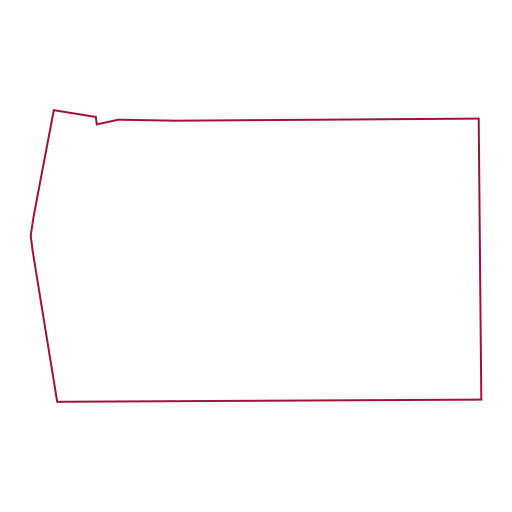 the district of Riyadh, Nouakchott, Mauritania
{"feature_id": "47542326B18524078593640", "entity_name": "Riyadh", "entity_type": "district", "adm_level": 2, "iso_a3": "MRT", "parent_name": "Mauritania", "parent_adm1": "Nouakchott", "projection": "orthographic", "projection_center": [-15.955, 18.004], "detail": "fine", "context": "isolated", "style": "outline", "palette": "rose", "viewbox_px": 512, "rotation_deg": 0, "n_neighbors": 0, "source": "geoboundaries", "source_scale": "gbopen_adm2", "svg_char_len": 263}
<svg xmlns="http://www.w3.org/2000/svg" viewBox="0 0 512 512"><path d="M53.8,110.2L33.7,216.0L30.7,235.5L32.7,251.3L57.2,401.8L481.3,399.6L478.7,118.6L175.4,120.7L118.3,119.7L96.8,124.4L95.8,117.0L53.8,110.2Z" fill="none" stroke="#9f1239" stroke-width="2"/></svg>